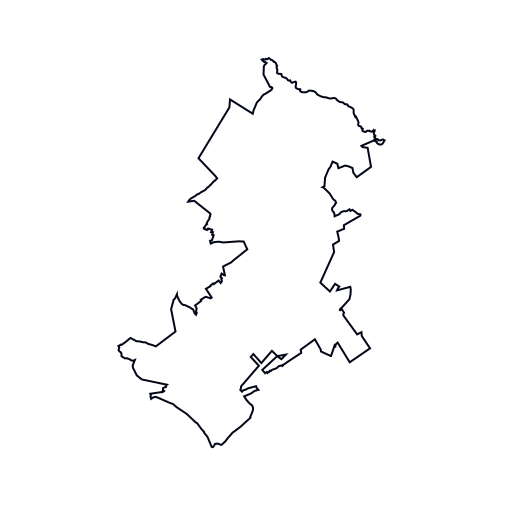 the district of Ezequiel Montes, Querétaro, Mexico, rotated 229°
{"feature_id": "50627088B86896895761869", "entity_name": "Ezequiel Montes", "entity_type": "district", "adm_level": 2, "iso_a3": "MEX", "parent_name": "Mexico", "parent_adm1": "Querétaro", "projection": "equal_earth", "projection_center": [-99.842, 20.653], "detail": "fine", "context": "isolated", "style": "outline", "palette": "ink", "viewbox_px": 512, "rotation_deg": 229, "n_neighbors": 0, "source": "geoboundaries", "source_scale": "gbopen_adm2", "svg_char_len": 6122}
<svg xmlns="http://www.w3.org/2000/svg" viewBox="0 0 512 512"><g transform="rotate(229 256 256)"><path d="M400.5,389.2L399.4,389.1L398.3,389.4L397.6,389.3L397.1,389.5L396.6,390.0L394.7,390.6L394.5,387.5L394.0,386.4L388.0,380.7L374.4,377.5L373.2,378.6L372.0,378.5L371.9,377.6L371.2,376.9L372.3,369.1L372.6,368.4L372.8,367.1L372.5,365.1L371.5,361.5L371.6,360.7L371.3,357.4L367.5,349.7L365.5,346.9L391.2,339.1L385.6,333.4L367.5,276.7L342.9,277.8L340.1,277.6L339.8,274.1L340.1,273.0L339.8,271.2L339.7,269.8L339.4,268.9L339.6,267.6L339.3,266.3L339.4,265.0L339.6,263.8L339.2,261.9L339.3,260.1L340.2,256.4L340.4,253.5L341.2,251.8L341.1,249.9L342.1,244.4L342.1,242.7L341.5,240.5L338.2,245.6L318.2,249.3L317.2,249.0L316.8,247.9L316.0,247.3L315.7,246.1L314.8,245.6L314.3,244.2L314.1,242.8L313.0,240.1L312.2,240.0L312.2,237.9L311.6,236.5L311.6,235.0L310.8,234.6L308.4,235.7L308.7,236.0L307.6,236.7L308.1,237.9L304.6,240.1L303.5,237.8L302.2,239.1L300.9,236.8L299.5,237.7L296.7,233.0L297.6,231.3L295.1,230.0L294.0,233.4L291.3,237.2L287.6,240.3L278.4,252.6L275.0,256.2L266.8,253.8L267.5,237.0L267.5,232.9L269.7,224.2L261.8,219.9L262.6,219.2L265.3,218.5L263.7,215.5L261.5,215.6L261.4,214.7L259.3,213.7L258.8,211.6L262.0,211.7L262.5,205.6L263.4,205.6L263.6,202.1L263.1,201.8L264.1,196.7L253.7,195.3L253.8,194.0L258.3,191.2L259.2,185.8L258.5,185.8L258.1,185.1L258.6,177.6L255.4,176.9L254.3,175.3L253.3,174.3L252.1,174.1L251.0,172.2L253.0,172.1L257.0,173.5L258.6,172.8L260.2,172.5L265.1,170.4L267.4,168.7L268.2,168.6L271.6,168.6L277.5,170.2L279.0,171.3L277.1,167.1L277.0,165.1L271.5,157.0L251.8,145.7L253.5,121.1L256.9,119.3L260.7,116.8L262.9,116.2L265.0,114.2L268.3,111.8L269.9,110.0L276.5,107.5L276.7,100.0L277.0,98.2L277.0,97.0L277.4,95.8L277.8,95.8L278.3,93.0L276.6,92.8L275.3,90.6L273.7,90.4L271.5,90.8L269.9,89.9L268.7,88.8L267.5,89.0L264.5,90.1L263.5,91.6L262.9,91.8L260.9,92.9L258.6,93.6L257.5,94.7L257.0,96.3L254.3,91.2L252.4,89.8L244.1,87.7L237.8,88.8L217.3,104.3L217.3,103.2L216.2,102.2L217.1,100.2L217.3,99.2L215.7,97.7L214.7,98.0L215.1,96.5L214.5,96.8L214.6,96.1L216.2,94.0L221.4,85.8L220.0,85.4L218.9,84.0L217.0,83.1L216.8,85.4L215.5,87.9L212.9,89.3L201.6,94.6L198.9,96.2L194.0,96.9L183.8,99.7L181.6,100.2L169.9,101.3L168.7,101.9L161.4,101.3L157.2,101.4L156.7,100.9L151.3,100.7L141.0,97.3L140.1,97.9L140.1,98.8L140.4,100.1L141.1,101.7L139.5,104.1L136.4,105.7L136.1,106.1L136.2,111.1L136.9,114.2L138.1,122.8L137.9,123.4L137.3,131.9L137.6,145.7L137.7,145.9L138.5,146.3L140.2,150.0L141.5,152.2L142.5,153.5L143.3,154.1L145.3,154.9L146.7,155.0L147.6,154.6L151.2,154.3L152.5,154.5L153.5,154.3L157.9,155.0L155.7,161.4L155.3,163.8L155.2,166.2L153.4,170.0L156.1,169.9L157.7,170.6L161.4,163.1L162.0,160.3L162.8,159.0L163.0,157.6L162.8,156.5L165.2,156.3L166.3,158.2L167.4,159.2L171.3,186.2L183.2,185.8L183.7,189.7L171.7,189.8L174.0,205.8L166.5,206.4L162.0,213.8L161.5,207.4L166.5,206.3L165.9,186.0L161.5,186.0L161.5,187.7L160.2,187.9L160.5,188.9L159.9,189.3L159.9,190.4L160.4,191.0L159.5,191.8L159.7,192.7L159.4,193.8L157.8,197.9L157.9,201.0L156.7,203.3L155.7,203.6L155.7,204.5L156.2,204.7L155.7,206.9L155.3,211.1L153.2,226.6L156.0,228.3L154.5,245.8L143.0,243.5L141.3,242.4L131.5,246.8L131.3,247.0L136.8,256.4L135.6,256.1L135.5,256.4L136.4,257.1L137.1,259.1L137.1,260.8L114.3,257.0L111.5,281.5L124.6,283.1L126.5,283.5L129.3,285.6L130.5,280.9L153.4,282.9L154.7,283.5L155.4,285.2L159.2,285.8L160.3,283.1L160.3,284.4L160.8,285.1L160.6,285.4L160.8,285.8L160.6,286.5L160.8,287.2L161.9,296.7L162.1,298.1L164.9,302.0L168.7,305.7L170.9,306.9L176.9,294.6L177.9,296.7L178.3,298.8L183.1,297.4L180.7,288.5L193.7,287.1L207.7,317.5L214.1,321.6L212.9,328.6L215.8,330.5L221.1,333.3L218.7,340.4L221.6,342.5L218.0,361.0L218.1,361.5L218.9,362.1L221.3,360.3L223.5,360.1L227.7,359.0L228.1,356.8L229.9,357.2L230.3,354.2L231.1,352.8L232.2,351.8L233.1,349.6L233.3,348.5L232.9,346.3L234.4,341.4L236.5,342.9L238.3,343.4L239.4,343.3L240.0,343.4L241.4,344.0L241.7,344.4L242.3,345.3L242.7,348.4L243.7,351.0L242.8,351.1L245.5,352.0L247.2,351.8L247.9,351.5L255.1,352.6L263.3,351.9L264.2,351.4L263.8,353.5L269.8,359.5L273.8,367.6L274.4,370.5L277.0,375.7L272.3,377.9L268.2,375.8L265.8,382.5L263.4,384.4L259.1,386.5L255.0,384.1L249.4,383.7L247.8,401.3L264.4,411.2L268.3,407.9L270.0,407.8L266.2,419.6L266.1,420.9L264.9,421.1L264.3,421.3L264.0,422.0L263.3,422.3L263.0,421.8L262.5,421.6L261.6,421.5L259.9,421.9L258.2,423.2L257.8,424.2L257.8,425.5L258.9,428.9L260.6,428.3L261.1,427.5L261.3,426.5L261.7,425.5L262.5,424.8L264.5,424.3L265.2,423.9L265.7,422.9L266.3,422.6L266.7,422.7L267.6,423.8L268.4,423.4L269.2,424.6L269.0,424.9L270.2,424.9L272.2,425.8L272.4,426.1L272.1,426.8L272.9,427.9L273.2,427.4L273.7,427.4L273.3,426.6L273.8,426.1L273.8,425.4L274.5,424.3L275.4,423.9L276.3,423.7L276.6,423.0L277.3,422.5L277.7,421.4L277.6,420.8L277.7,420.2L278.6,419.3L280.5,418.5L281.2,418.8L281.7,419.5L282.1,420.8L282.3,419.7L282.9,419.4L284.3,420.0L285.3,420.0L286.4,419.1L287.2,418.9L287.9,419.1L289.4,420.8L290.3,421.4L295.6,422.9L295.8,422.9L295.8,422.2L299.2,423.2L299.7,423.4L302.3,425.6L302.9,425.8L303.5,425.9L305.7,425.3L308.7,423.9L310.3,424.3L310.8,424.1L311.4,423.4L311.8,423.3L312.4,422.6L314.6,422.4L315.3,422.0L317.1,420.4L318.1,420.0L320.8,419.4L322.2,419.6L323.6,419.0L324.2,418.5L324.9,417.2L326.3,415.1L328.9,413.4L329.4,413.3L331.3,411.4L333.7,409.8L337.6,408.2L340.5,408.4L342.4,407.7L344.1,406.5L346.1,404.5L346.2,403.0L346.5,401.7L347.8,399.9L349.3,398.3L350.8,397.6L352.0,397.6L352.5,398.6L352.8,398.8L354.6,397.1L356.3,396.5L357.0,396.5L357.9,397.1L359.0,398.5L360.3,399.9L360.8,400.2L361.7,400.2L362.5,398.6L363.1,396.8L364.5,396.5L366.1,397.0L366.6,396.1L367.4,395.6L367.9,395.4L369.2,395.7L370.3,395.4L370.5,395.2L371.3,395.1L372.7,394.1L373.8,393.6L374.6,393.5L376.8,394.5L378.8,392.5L380.0,391.9L381.0,392.6L382.6,394.4L383.6,394.5L385.1,395.5L385.5,396.6L386.3,396.6L386.7,396.9L388.8,397.6L390.7,397.2L390.9,396.8L392.8,396.9L393.5,396.6L394.1,396.0L394.6,395.9L395.6,396.0L397.0,395.5L397.1,393.6L397.6,393.0L398.3,392.8L398.2,392.2L398.3,391.8L398.6,391.3L399.5,390.9L400.1,390.3L400.5,389.2Z" fill="none" stroke="#020617" stroke-width="2"/></g></svg>